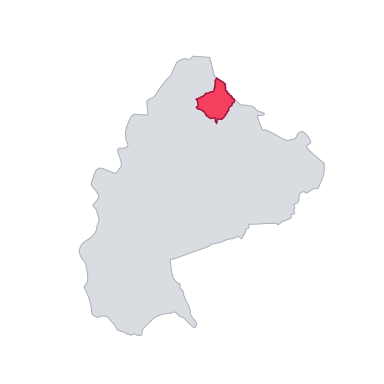 Séno on a map of Burkina Faso (Equal Earth projection), rotated 341°
{"feature_id": "BFA-2876", "entity_name": "Séno", "entity_type": "Province", "adm_level": 1, "iso_a3": "BFA", "parent_name": "Burkina Faso", "parent_adm1": "", "projection": "equal_earth", "projection_center": [0.057, 13.966], "detail": "fine", "context": "in_parent", "style": "filled", "palette": "rose", "viewbox_px": 384, "rotation_deg": 341, "n_neighbors": 0, "source": "natural_earth", "source_scale": "10m", "svg_char_len": 4528}
<svg xmlns="http://www.w3.org/2000/svg" viewBox="0 0 384 384"><g transform="rotate(341 192 192)"><path d="M275.9,249.1L267.2,249.5L264.0,250.8L262.1,250.8L262.0,249.7L261.8,249.1L250.8,245.6L243.0,243.5L235.2,241.1L234.7,243.3L233.6,244.7L231.9,244.8L230.7,244.5L230.0,246.2L228.7,248.4L226.8,249.5L225.1,250.9L224.1,252.1L223.3,252.1L221.5,249.3L219.2,249.0L214.7,249.4L212.7,248.7L210.0,248.3L203.5,248.9L193.2,247.7L191.5,248.3L191.0,248.9L180.8,249.0L169.6,249.1L160.2,249.3L151.9,249.4L151.9,248.9L149.3,248.8L149.0,249.8L146.6,261.2L146.3,267.4L147.6,271.2L148.9,273.7L150.5,274.7L150.7,276.1L149.4,277.9L149.5,279.7L151.0,281.6L151.3,283.6L150.6,285.7L150.7,290.7L151.8,298.6L151.8,303.8L150.8,306.1L151.3,310.1L153.3,315.8L153.6,318.2L152.9,319.3L151.2,320.8L149.5,320.8L147.5,317.3L146.6,315.8L145.0,312.3L143.7,308.8L141.9,307.3L140.0,305.8L137.9,301.4L135.7,299.3L133.5,299.9L130.2,299.0L123.6,297.9L116.4,298.3L113.5,299.3L110.6,300.9L103.1,304.5L100.2,306.2L98.0,310.7L95.5,310.6L92.9,309.2L91.4,307.1L88.0,307.6L84.7,305.6L81.6,301.8L79.3,300.5L76.3,297.7L75.6,292.4L73.7,288.6L72.0,283.4L69.5,281.1L66.5,279.9L62.4,280.1L59.8,278.0L57.7,275.0L58.2,272.4L59.2,268.6L59.4,265.0L60.0,259.2L59.7,251.9L59.0,246.8L61.2,244.7L63.9,242.8L65.5,239.3L67.2,231.6L68.0,224.9L67.5,222.4L66.6,220.4L66.0,217.5L65.6,214.0L66.1,210.9L68.1,208.1L70.5,205.7L72.3,204.6L76.9,203.4L82.8,201.6L86.1,199.6L88.6,197.6L89.9,196.0L91.3,192.8L93.6,190.2L95.3,187.7L95.6,180.6L95.6,176.6L94.4,174.4L93.7,172.5L102.3,166.9L102.4,163.0L101.2,158.7L99.6,155.1L99.0,152.1L101.3,148.6L103.5,145.9L105.0,143.6L108.4,140.1L111.9,139.2L115.1,140.5L124.4,148.7L126.1,149.2L128.0,148.6L130.5,146.4L133.7,144.8L134.9,139.3L134.9,131.3L135.6,127.6L137.3,126.9L142.7,128.5L144.1,128.6L145.7,128.0L146.8,126.6L146.8,124.0L146.5,121.7L148.3,114.3L151.6,108.7L158.1,101.7L160.1,100.3L162.4,99.6L174.0,104.4L175.9,103.2L178.8,91.3L182.0,90.2L185.7,90.0L188.2,89.0L189.5,88.2L195.0,83.6L204.7,77.5L210.0,74.9L211.0,73.9L214.8,69.5L219.7,64.5L222.9,63.5L227.3,63.2L230.1,64.0L230.8,65.4L231.7,66.1L237.4,64.0L245.6,67.4L252.7,70.7L252.2,72.8L252.2,76.5L251.6,82.4L250.9,89.5L253.8,94.1L257.3,99.0L258.3,100.9L257.3,105.8L258.0,108.6L259.8,113.3L263.0,119.3L266.2,125.5L268.5,126.4L270.6,126.9L271.9,128.0L273.8,129.0L275.7,129.7L277.3,131.1L278.4,132.4L279.8,136.2L283.4,138.8L286.0,141.3L284.9,142.5L281.8,142.0L278.8,140.9L278.4,142.8L278.3,149.8L278.8,155.6L279.4,156.4L282.5,157.5L289.6,165.1L296.1,172.3L298.3,174.1L301.9,174.8L305.9,175.1L307.7,174.5L311.6,170.9L313.6,170.5L315.5,170.6L316.6,171.1L318.5,174.1L320.2,178.6L320.7,181.8L320.6,183.6L320.0,184.3L316.8,185.1L315.4,185.8L315.1,186.8L315.6,189.0L316.2,190.4L319.7,196.9L324.8,205.6L326.3,207.8L325.5,210.4L322.9,217.2L321.0,220.0L312.5,229.6L308.4,228.5L299.6,230.4L298.3,228.2L296.3,227.9L293.7,228.3L292.8,229.2L292.6,230.1L291.7,231.4L290.0,235.3L288.8,236.2L287.2,236.8L285.3,236.7L284.2,237.2L284.2,239.1L283.9,240.8L282.6,241.6L282.1,243.4L282.2,245.3L281.4,246.1L279.8,245.6L278.8,245.1L277.9,247.5L276.7,249.1L275.9,249.1Z" fill="#d9dde1" stroke="#a8b0b8" stroke-width="1"/><path d="M252.2,92.3L257.0,98.1L258.5,100.6L258.6,100.9L258.5,101.3L258.2,101.8L258.1,102.2L257.9,103.6L257.8,104.2L257.0,105.8L256.8,106.4L257.0,106.9L257.4,107.7L257.6,108.0L257.8,108.2L258.0,108.5L258.1,108.9L258.1,109.2L257.8,109.9L257.8,110.3L258.1,110.8L258.6,111.0L258.9,111.4L259.0,112.2L259.3,113.0L259.8,113.5L260.4,113.9L260.8,114.5L260.8,114.9L260.5,115.7L260.5,116.2L260.7,116.5L261.4,117.1L261.7,117.5L262.0,118.3L262.2,118.8L262.0,119.4L261.7,119.8L261.2,120.6L260.4,121.1L258.9,121.1L258.5,121.9L258.1,122.9L257.5,123.4L255.9,123.5L254.4,124.3L253.9,125.1L253.7,125.8L253.5,126.4L252.8,127.1L252.0,127.3L251.4,127.7L251.0,128.3L250.5,128.9L249.7,129.4L249.3,129.6L249.0,129.8L248.4,130.2L247.4,131.2L245.8,132.0L244.9,132.6L243.4,132.9L242.2,132.2L240.7,131.6L239.5,131.5L239.0,132.6L238.3,134.2L237.7,134.9L237.1,133.3L237.2,132.0L237.8,130.8L237.9,129.5L236.5,129.0L234.3,128.8L232.9,127.9L232.0,126.4L231.1,125.4L230.3,123.9L230.1,121.8L229.6,120.3L227.7,117.6L226.7,116.6L225.4,115.8L224.8,115.6L224.6,115.3L224.1,114.6L223.8,113.8L223.7,113.4L224.1,113.4L225.2,112.8L226.1,111.7L226.5,109.9L226.8,107.9L226.5,106.3L226.2,105.6L228.4,105.6L234.6,104.8L237.0,103.3L238.3,103.5L239.6,103.9L241.2,103.5L242.9,103.5L244.3,104.0L245.3,103.7L247.7,100.1L248.3,98.6L249.1,97.5L250.2,94.0L250.8,93.9L251.4,93.5L252.2,92.3L252.2,92.3Z" fill="#f43f5e" stroke="#9f1239" stroke-width="1.5"/></g></svg>